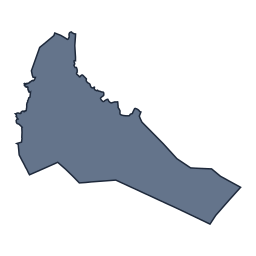 Bardu nor, Troms, Norway (Mercator projection)
{"feature_id": "86288312B82966611739072", "entity_name": "Bardu nor", "entity_type": "district", "adm_level": 2, "iso_a3": "NOR", "parent_name": "Norway", "parent_adm1": "Troms", "projection": "mercator", "projection_center": [18.319, 68.703], "detail": "fine", "context": "isolated", "style": "filled", "palette": "slate", "viewbox_px": 256, "rotation_deg": 0, "n_neighbors": 0, "source": "geoboundaries", "source_scale": "gbopen_adm2", "svg_char_len": 5044}
<svg xmlns="http://www.w3.org/2000/svg" viewBox="0 0 256 256"><path d="M54.8,33.0L54.5,33.8L53.9,35.6L48.9,39.8L47.6,40.9L39.7,47.4L31.4,70.8L32.3,75.2L33.1,77.3L35.4,77.4L34.9,78.8L34.1,80.2L33.0,80.6L32.6,80.4L32.4,80.5L32.2,80.6L32.3,80.7L32.2,80.7L31.9,80.7L31.7,80.8L31.4,81.0L31.1,81.3L30.8,81.6L30.7,81.7L30.6,81.8L30.4,81.8L30.0,82.0L29.7,82.1L29.7,82.3L29.6,82.5L29.4,82.5L29.1,82.7L28.8,83.1L28.6,83.2L28.4,83.2L28.0,83.4L27.8,83.4L27.3,83.6L27.1,83.4L27.0,83.6L26.7,83.6L26.6,83.8L26.4,83.9L26.0,84.1L25.9,84.0L25.7,83.8L25.6,83.7L25.4,83.6L25.2,83.7L25.2,83.8L25.0,83.7L25.0,83.8L24.9,83.8L24.7,83.7L24.3,83.6L24.2,83.7L24.1,83.8L24.3,84.1L24.6,84.2L24.7,84.3L24.7,84.5L24.6,84.9L24.6,85.0L24.4,85.3L24.4,85.5L24.5,85.6L25.0,85.8L25.3,86.4L25.4,86.7L25.6,86.8L25.9,86.6L26.2,86.7L26.3,86.9L26.6,87.2L27.1,87.1L27.3,87.0L27.4,86.9L27.7,87.0L27.8,87.1L27.9,87.3L27.9,87.6L27.9,88.0L27.9,88.4L27.9,88.9L27.9,89.0L27.9,89.3L28.1,89.5L28.3,89.9L28.3,90.0L28.5,90.4L28.4,90.5L28.6,90.7L28.6,90.9L28.8,90.9L28.9,91.1L28.9,91.3L29.0,91.4L28.9,91.7L28.9,91.8L29.0,91.9L29.0,92.0L29.6,92.1L30.0,92.5L30.3,92.5L30.5,92.3L30.1,96.0L29.9,97.2L28.9,97.7L28.6,98.3L28.4,99.5L27.6,100.9L27.7,101.4L27.6,102.2L27.3,102.4L27.1,102.7L26.7,104.4L26.7,106.9L26.6,108.0L26.4,108.8L26.4,109.4L26.2,110.6L25.4,110.7L25.1,111.2L24.6,111.6L24.1,111.7L23.9,111.1L23.4,111.3L23.2,111.2L22.6,111.1L22.0,111.4L21.0,112.3L21.1,112.5L21.0,112.9L21.0,113.1L20.9,113.3L20.6,113.5L20.1,113.5L19.8,113.5L18.7,113.1L17.8,113.0L17.0,113.1L16.8,113.3L16.7,113.5L16.1,113.7L15.4,113.8L15.9,114.3L16.2,114.7L16.3,115.1L16.5,115.8L16.1,116.6L16.6,116.9L16.9,117.3L17.0,117.9L17.2,118.3L17.9,118.8L18.0,119.0L17.4,119.1L16.7,119.5L16.5,120.1L16.4,120.2L16.1,120.8L16.2,121.0L16.3,121.7L16.4,122.5L17.1,123.5L18.1,123.9L18.7,124.1L19.2,124.4L20.6,125.7L22.1,127.2L21.8,127.4L22.0,132.4L21.8,137.2L21.8,137.7L22.0,138.3L21.9,139.1L21.8,139.8L21.7,140.7L21.5,142.1L20.7,142.4L17.1,143.4L16.8,143.5L17.2,143.7L17.8,144.1L18.1,144.5L18.3,144.9L18.3,145.5L18.5,147.7L18.8,150.7L19.0,153.3L19.1,154.1L19.2,155.0L20.1,156.7L20.8,158.1L21.1,158.7L22.4,161.2L23.2,162.6L24.8,165.7L25.1,166.4L25.8,167.8L26.3,168.5L27.0,169.8L28.3,172.6L29.5,174.8L47.0,167.1L57.7,162.3L65.7,169.3L72.4,175.8L79.3,182.9L85.7,182.5L91.3,181.9L115.8,180.1L144.4,193.3L168.4,204.4L173.1,206.5L188.5,213.8L210.0,224.1L215.7,215.4L229.0,200.2L240.6,187.3L220.5,176.3L211.6,168.9L195.5,168.2L190.6,167.9L176.9,158.7L163.4,143.9L141.9,122.1L140.2,118.5L139.3,116.1L140.9,112.0L140.2,111.8L139.6,111.4L139.1,110.7L138.7,110.2L137.8,109.5L136.7,108.9L135.5,108.5L135.2,108.4L134.7,108.6L134.5,108.8L134.4,109.2L134.2,109.5L133.7,110.4L133.6,110.7L133.0,111.9L132.4,113.4L132.2,113.6L130.9,114.0L130.4,114.2L130.0,114.7L129.7,115.2L129.4,115.6L129.2,115.7L128.8,115.8L128.5,115.8L128.2,115.8L126.0,115.8L123.3,115.5L122.1,115.2L121.6,115.1L120.9,114.7L120.5,114.5L120.2,114.2L120.0,113.9L120.0,113.3L119.9,112.6L120.0,112.3L120.0,111.7L120.0,111.0L119.9,110.6L119.7,110.2L119.1,109.1L119.0,108.8L118.1,107.6L118.1,107.3L118.1,106.8L118.1,106.1L118.1,105.8L118.0,105.3L118.0,104.9L117.9,104.6L117.9,103.6L117.8,102.9L117.8,102.6L117.7,102.2L117.7,101.9L117.4,101.8L116.4,102.0L114.8,101.9L111.8,102.8L111.5,102.9L110.8,102.8L110.5,102.7L109.5,102.0L108.9,101.4L108.7,101.0L108.3,100.3L108.0,99.6L107.8,99.3L107.5,99.3L106.8,99.5L105.3,100.3L104.8,100.7L104.1,101.3L103.7,101.5L103.3,101.5L102.9,101.5L102.6,101.3L102.1,100.8L101.6,100.3L101.1,99.7L100.6,98.8L100.5,98.4L100.6,98.1L100.7,97.8L102.4,96.4L102.8,96.2L103.6,95.5L103.7,95.2L103.8,94.9L103.8,93.7L103.7,92.8L103.5,92.5L103.3,92.2L102.2,92.0L101.8,92.0L100.9,91.7L99.8,91.2L98.8,91.1L98.4,91.0L98.1,90.8L97.7,90.3L97.4,90.2L97.0,90.6L96.7,90.7L96.4,90.6L95.1,90.0L94.7,89.5L94.3,88.9L94.3,88.6L94.2,88.2L94.3,87.8L94.5,87.2L94.7,86.7L94.3,87.1L93.7,87.4L93.3,87.8L93.0,87.9L92.6,87.9L92.2,87.8L91.6,87.6L91.0,87.1L90.7,86.4L90.4,85.8L90.2,85.0L90.1,84.7L90.0,84.4L89.8,84.1L89.5,83.8L89.1,83.5L87.5,82.6L87.1,82.1L86.5,81.3L86.3,81.0L86.2,80.7L86.2,80.3L86.2,80.0L86.3,79.5L86.4,79.1L86.4,78.9L86.2,78.6L85.9,78.4L84.7,77.1L84.2,76.7L83.8,76.2L83.2,75.6L82.7,75.2L82.4,75.0L82.1,75.0L81.8,75.0L81.3,75.3L81.0,75.6L80.8,75.7L80.6,76.1L80.4,76.3L80.2,76.6L80.0,76.8L79.7,76.9L79.3,76.8L79.0,76.3L78.9,76.0L78.2,75.5L77.7,75.0L76.7,74.2L76.6,73.7L76.5,73.3L76.6,72.9L76.7,72.6L77.3,72.0L77.1,71.4L77.1,71.1L77.1,70.7L77.2,70.4L77.3,70.2L77.2,70.0L77.1,69.6L76.9,68.8L76.7,68.2L76.4,67.5L75.8,67.6L75.1,67.5L74.9,67.2L74.0,65.5L73.9,65.2L74.5,64.5L74.7,63.9L74.7,63.6L74.5,63.0L74.4,62.7L74.1,61.9L74.1,61.2L74.1,60.9L74.2,60.7L74.7,60.7L75.5,60.8L75.5,57.1L75.3,54.0L74.8,45.6L75.5,35.8L75.5,35.0L75.6,34.0L75.0,33.8L74.3,33.8L73.7,33.6L72.9,33.1L72.3,32.9L72.0,32.7L71.6,32.1L71.3,31.9L71.0,32.0L70.6,32.2L69.9,32.5L69.6,32.8L69.3,33.3L69.1,33.9L69.0,34.8L69.0,35.0L69.1,35.4L69.2,37.3L68.8,37.7L68.6,38.1L68.4,38.7L68.3,38.9L68.1,39.1L67.5,39.4L67.2,39.3L67.2,39.2L64.1,37.3L60.8,35.4L54.8,33.0Z" fill="#64748b" stroke="#1e293b" stroke-width="1.5"/></svg>